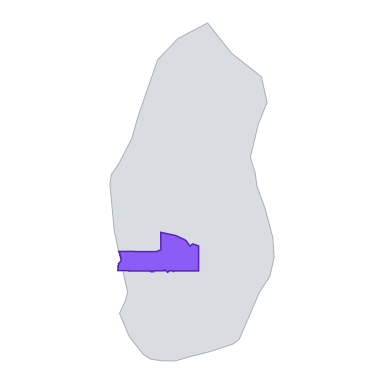 location of 83, Ar Rayyān, Qatar
{"feature_id": "91078587B29732052080276", "entity_name": "83", "entity_type": "district", "adm_level": 2, "iso_a3": "QAT", "parent_name": "Qatar", "parent_adm1": "Ar Rayyān", "projection": "mercator", "projection_center": [50.853, 25.078], "detail": "fine", "context": "in_parent", "style": "filled", "palette": "violet", "viewbox_px": 384, "rotation_deg": 0, "n_neighbors": 0, "source": "geoboundaries", "source_scale": "gbopen_adm2", "svg_char_len": 1797}
<svg xmlns="http://www.w3.org/2000/svg" viewBox="0 0 384 384"><path d="M208.6,352.0L191.3,356.3L175.0,361.0L161.4,360.8L150.5,359.0L143.3,354.5L129.3,336.6L119.5,313.4L125.5,300.5L127.6,292.4L114.3,231.1L109.9,184.0L111.5,174.3L119.1,163.2L131.8,138.5L138.6,114.8L157.7,59.8L177.8,38.6L207.5,23.0L231.8,53.5L261.4,76.7L267.1,102.6L258.4,123.7L250.4,157.3L255.1,172.7L256.9,186.0L265.0,208.4L272.8,237.4L274.1,257.6L269.9,276.2L259.6,291.9L239.3,339.1L233.3,343.9L208.6,352.0Z" fill="#d9dde1" stroke="#a8b0b8" stroke-width="1"/><path d="M179.8,270.9L198.6,270.9L198.6,246.0L192.9,243.9L189.9,246.0L185.9,240.4L175.9,235.6L160.7,232.3L160.9,249.7L156.5,251.6L134.8,251.6L134.6,251.4L118.6,251.4L118.6,251.5L118.8,251.7L118.8,251.9L119.1,252.1L119.2,252.3L119.4,252.3L119.7,252.8L119.7,253.1L119.8,254.4L119.8,254.5L119.8,254.8L120.0,254.8L120.0,255.0L120.3,255.2L120.3,255.4L120.3,255.5L120.5,255.8L120.6,256.0L120.6,256.4L120.7,256.9L120.8,257.0L120.9,258.2L120.9,258.6L121.0,258.7L121.0,258.9L121.0,259.3L121.1,259.6L121.1,259.9L121.2,260.1L121.1,260.8L121.0,261.1L120.9,261.2L120.7,261.5L120.5,261.8L120.4,261.8L120.3,262.0L120.1,262.2L119.9,262.2L119.9,262.3L119.7,262.4L119.6,262.5L119.4,262.8L119.1,263.0L118.9,263.2L118.9,263.3L118.8,263.5L118.8,263.8L118.7,263.8L118.8,264.0L118.8,264.4L118.7,264.4L118.6,264.7L118.5,265.0L118.4,265.1L118.2,265.4L118.3,265.4L118.3,265.5L118.2,265.7L118.2,266.1L118.1,266.4L118.1,266.5L118.1,267.1L118.0,267.3L117.9,267.6L117.9,268.2L117.9,268.3L118.1,268.6L118.0,269.5L118.0,269.8L117.9,269.9L117.9,270.1L117.8,270.6L128.6,270.6L128.6,271.0L151.0,271.0L151.0,271.7L153.5,271.7L153.5,270.8L163.8,270.8L163.8,270.2L165.1,270.2L167.7,272.3L169.4,270.8L172.7,270.8L173.4,271.5L174.1,270.9L179.8,270.9Z" fill="#8b5cf6" stroke="#5b21b6" stroke-width="1.5"/></svg>